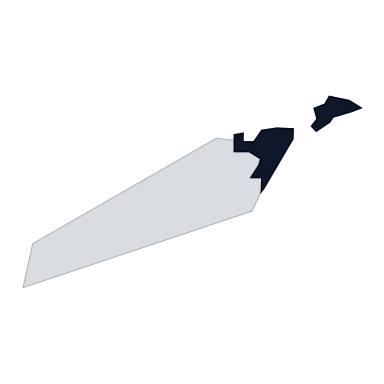 where East End sits in Anguilla
{"feature_id": "AIA-5115", "entity_name": "East End", "entity_type": "District", "adm_level": 1, "iso_a3": "AIA", "parent_name": "Anguilla", "parent_adm1": "", "projection": "mercator", "projection_center": [-62.977, 18.266], "detail": "fine", "context": "in_parent", "style": "filled", "palette": "ink", "viewbox_px": 384, "rotation_deg": 0, "n_neighbors": 0, "source": "natural_earth", "source_scale": "10m", "svg_char_len": 612}
<svg xmlns="http://www.w3.org/2000/svg" viewBox="0 0 384 384"><path d="M252.0,211.1L23.0,287.6L32.7,243.7L216.3,138.3L283.2,145.7L252.0,211.1Z" fill="#d9dde1" stroke="#a8b0b8" stroke-width="1"/><path d="M234.3,134.8L243.1,133.3L242.9,141.9L253.8,141.9L261.7,130.4L276.9,128.1L293.2,128.9L292.9,138.9L264.0,188.1L261.3,191.7L261.9,177.6L250.9,177.6L259.0,164.9L260.7,158.8L249.2,151.6L234.3,151.6L234.3,134.8ZM314.1,108.3L324.9,104.2L329.3,96.4L349.2,100.6L361.0,107.9L351.8,111.5L333.2,117.0L329.7,122.1L316.2,131.2L311.5,126.2L317.1,118.9L314.1,108.3Z" fill="#0f172a" stroke="#020617" stroke-width="1.5"/></svg>